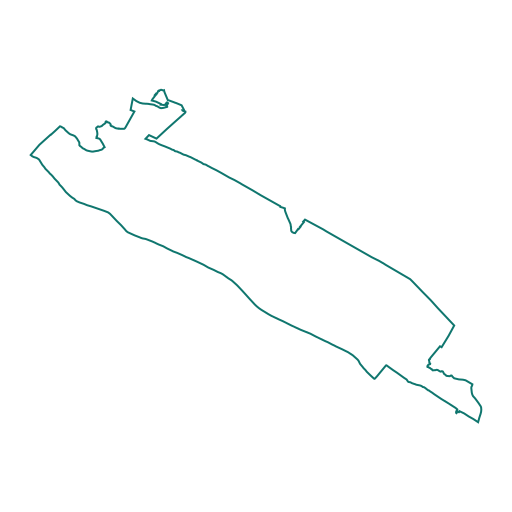 the district of Concesti, Botosani, Romania
{"feature_id": "2599482B49154697051389", "entity_name": "Concesti", "entity_type": "district", "adm_level": 2, "iso_a3": "ROU", "parent_name": "Romania", "parent_adm1": "Botosani", "projection": "natural_earth1", "projection_center": [26.588, 48.143], "detail": "fine", "context": "isolated", "style": "outline", "palette": "teal", "viewbox_px": 512, "rotation_deg": 0, "n_neighbors": 0, "source": "geoboundaries", "source_scale": "gbopen_adm2", "svg_char_len": 5974}
<svg xmlns="http://www.w3.org/2000/svg" viewBox="0 0 512 512"><path d="M478.1,422.2L479.3,417.8L480.6,413.8L481.1,411.8L481.3,409.7L481.1,407.3L480.7,406.3L478.3,402.7L475.1,398.4L474.4,397.6L473.1,396.2L472.3,394.6L471.8,392.7L471.3,388.1L471.4,387.0L472.1,385.6L472.4,384.3L465.6,380.3L463.0,379.7L458.9,379.4L454.2,378.3L452.4,376.6L451.8,375.7L451.6,375.5L451.1,375.5L450.7,375.6L450.0,376.1L449.5,376.2L446.7,375.9L446.1,375.6L445.4,374.7L444.7,374.4L444.1,373.9L442.9,371.6L442.6,371.4L441.8,371.2L441.4,371.3L441.0,371.6L440.5,371.6L439.6,371.2L437.7,370.0L436.7,369.8L435.2,370.2L433.8,370.2L432.9,370.4L432.5,370.2L432.2,369.9L431.7,369.1L430.8,368.8L430.3,368.2L429.1,367.7L428.6,367.2L428.4,367.1L427.5,367.0L427.4,366.9L427.4,366.2L427.5,365.9L428.4,364.7L429.8,364.3L430.1,364.1L430.2,363.8L430.2,363.5L429.6,363.0L429.4,362.7L429.3,362.3L429.3,361.6L429.3,361.3L429.0,360.5L428.9,360.0L429.0,359.7L429.8,359.2L429.7,358.9L430.2,358.4L430.3,358.0L440.0,346.3L441.6,347.2L448.6,335.8L454.2,325.5L437.9,308.2L430.7,300.2L422.9,292.3L412.6,281.6L410.2,279.2L385.6,264.8L383.0,263.1L382.7,263.0L379.3,261.0L371.7,257.2L326.4,231.4L323.2,229.4L305.0,219.6L303.2,221.6L303.9,222.1L300.1,226.7L300.4,226.9L298.5,229.2L298.1,229.0L295.1,233.1L293.8,232.9L292.5,232.3L292.0,231.9L291.6,231.4L291.3,230.9L291.2,230.5L291.2,229.9L291.0,228.4L291.0,228.0L291.1,227.1L290.8,226.2L290.6,224.6L290.4,223.8L288.4,219.3L287.7,217.9L285.4,211.9L285.0,210.6L284.9,210.0L284.8,209.1L284.9,208.4L283.3,207.8L280.3,206.9L280.2,206.1L279.0,205.5L260.3,195.0L252.5,190.3L241.7,184.2L240.3,183.3L234.4,180.0L229.2,177.5L221.4,173.0L216.5,170.3L211.8,168.0L208.7,166.3L207.8,165.9L206.1,164.8L204.9,164.4L203.4,164.1L202.7,163.5L201.2,162.5L197.0,160.5L197.0,160.3L195.5,159.7L190.5,157.1L189.3,156.7L185.9,155.2L183.8,154.7L182.9,154.3L180.1,152.8L178.6,152.3L177.3,151.6L175.2,151.2L174.6,150.9L174.3,150.5L173.6,150.0L172.2,149.7L170.2,148.6L164.6,146.3L161.6,145.2L159.2,144.2L157.6,143.3L155.9,142.2L154.8,141.6L154.2,141.4L153.6,141.3L150.3,140.9L148.6,140.1L147.1,139.4L145.5,138.8L149.0,135.1L156.5,138.6L167.2,128.7L183.7,114.0L184.6,113.3L185.4,112.3L185.4,111.5L184.7,111.2L184.1,111.2L183.2,110.9L182.5,110.5L182.4,110.3L182.6,110.3L183.6,110.4L184.0,110.3L184.0,109.9L181.6,105.3L177.3,103.5L175.5,102.8L174.7,102.6L174.1,102.3L168.9,100.4L167.8,100.1L164.5,92.2L164.0,90.2L163.5,90.4L162.9,90.4L162.4,90.1L161.8,90.0L161.3,89.8L160.9,89.8L160.4,90.1L159.8,90.2L159.5,90.4L159.3,90.8L158.9,90.6L158.7,90.6L158.2,91.0L157.5,92.7L157.3,92.8L156.6,94.0L156.1,93.6L154.8,95.1L155.3,95.5L152.4,99.3L151.8,100.5L155.9,101.6L160.9,104.0L160.7,104.7L161.1,104.7L163.8,105.0L164.9,104.9L166.7,102.5L167.1,102.4L167.9,103.0L168.1,103.2L166.4,106.3L167.2,106.7L167.2,106.8L166.9,107.0L166.3,107.1L163.7,107.8L161.8,108.1L160.8,108.1L160.1,107.9L158.9,107.3L157.5,106.4L155.8,105.8L155.1,105.3L154.0,104.8L152.5,104.5L150.1,104.2L147.9,103.8L145.2,103.7L142.7,103.5L139.8,102.8L136.4,101.1L132.8,98.5L130.6,110.0L134.4,111.5L125.5,127.4L125.1,128.0L124.5,128.6L124.1,128.8L123.6,128.8L120.5,128.8L119.7,128.8L119.4,128.6L118.5,128.5L118.4,128.7L116.2,128.3L115.3,128.0L112.4,126.3L111.5,126.2L111.0,125.9L110.6,125.5L110.7,124.5L110.4,124.0L109.2,122.7L108.6,122.6L108.4,122.4L107.9,122.4L107.4,122.2L107.0,121.7L106.5,121.4L106.0,121.4L105.7,121.7L105.5,122.2L105.6,122.8L105.1,123.4L102.9,124.9L101.8,126.0L101.1,126.3L99.5,126.8L98.8,126.7L98.1,126.4L97.8,126.5L97.4,126.9L96.3,127.7L96.1,128.8L96.7,129.9L97.2,132.1L97.4,134.1L96.9,136.8L96.6,136.8L96.4,138.0L98.8,138.5L99.7,139.0L100.2,139.5L102.8,143.7L104.6,147.2L103.6,147.8L103.1,148.3L102.4,149.2L101.5,149.7L99.6,150.2L98.4,150.7L95.7,151.1L93.0,151.6L91.9,151.6L90.3,151.3L87.6,150.7L86.6,150.4L86.0,150.1L84.3,149.0L82.8,148.3L82.0,147.6L81.3,146.9L80.0,146.0L79.6,145.5L79.4,145.3L79.3,142.5L79.0,141.9L77.8,140.0L77.0,138.6L75.5,136.8L74.8,136.1L73.4,135.4L70.6,134.4L69.8,134.0L68.6,133.1L65.5,130.3L63.7,128.1L62.1,127.4L61.6,126.9L60.0,126.3L54.7,131.3L50.8,134.8L50.6,134.7L39.4,144.8L30.7,155.0L32.3,156.3L33.7,157.0L36.3,157.8L37.3,158.3L38.9,159.4L39.3,159.9L42.3,164.8L44.5,167.4L45.3,168.7L48.8,172.2L49.4,173.0L49.9,173.6L51.2,174.7L52.7,176.3L54.6,178.7L58.1,182.3L58.9,183.4L59.5,184.6L61.0,186.1L62.3,187.5L64.2,189.9L65.9,192.1L69.9,195.8L72.2,197.6L74.3,198.9L75.5,200.3L76.7,201.2L79.4,202.4L84.0,203.9L87.1,205.2L91.2,206.4L104.0,210.8L108.1,212.4L110.0,213.8L116.8,221.0L121.0,225.1L124.8,229.3L126.1,230.9L127.3,231.9L127.9,232.3L134.7,235.4L139.6,237.3L141.0,237.9L142.5,238.4L145.4,238.9L146.6,239.3L152.3,241.5L155.2,242.8L156.3,243.4L158.7,244.5L163.3,246.3L167.0,248.4L172.4,251.0L173.1,251.4L177.2,252.9L182.2,255.1L184.7,256.3L186.0,257.0L188.7,258.0L196.6,261.5L203.2,264.6L204.3,265.2L208.2,267.5L213.7,269.9L217.8,272.0L220.6,273.1L222.7,274.2L228.3,278.3L231.5,280.3L232.6,281.2L236.7,284.9L237.9,286.1L242.5,291.0L248.9,298.1L254.8,304.5L256.7,306.3L259.0,308.2L261.3,309.8L268.3,314.1L271.5,315.9L279.1,319.5L282.9,321.2L291.2,325.4L300.7,329.8L310.4,333.7L315.7,336.5L325.2,341.1L327.8,342.2L332.3,344.6L334.5,345.6L335.7,346.3L342.2,349.3L346.6,351.5L347.7,352.0L352.8,355.3L357.5,359.5L358.5,360.7L360.1,363.9L362.7,367.0L363.6,368.2L365.4,370.0L366.8,371.8L370.5,375.4L373.1,377.8L374.3,378.8L374.9,378.6L377.0,376.3L386.0,365.4L386.3,365.3L386.6,365.4L388.9,367.1L393.2,370.2L397.1,372.8L404.0,377.8L406.6,379.5L408.0,381.6L408.7,382.0L410.5,382.3L411.8,383.1L413.5,383.7L415.4,384.3L416.2,384.7L419.8,385.4L420.7,385.7L421.5,386.0L422.8,387.0L424.0,387.2L425.4,388.1L426.6,389.1L428.2,390.3L428.8,390.4L429.2,390.7L430.0,391.3L432.2,392.7L434.2,394.2L441.5,399.1L447.1,402.5L455.4,407.8L456.4,408.6L457.2,409.3L457.3,409.4L456.6,410.7L456.1,411.9L456.1,412.5L456.1,412.8L456.4,413.0L456.5,413.1L456.9,412.6L457.0,412.1L457.5,411.5L457.8,411.5L458.8,412.2L459.0,412.2L459.5,411.2L464.1,413.4L468.8,416.5L473.3,419.0L478.1,422.2Z" fill="none" stroke="#0f766e" stroke-width="2"/></svg>